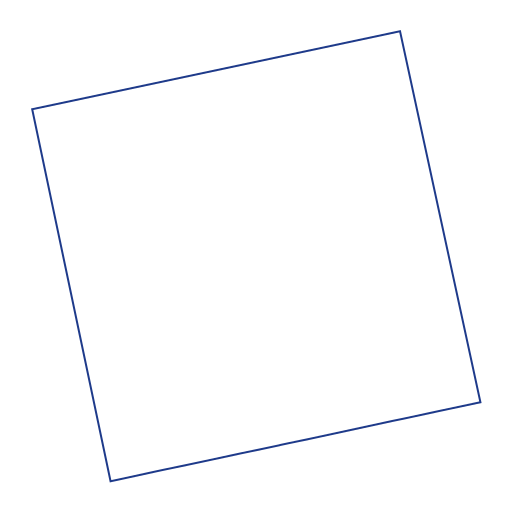 the district of Franklin, Nebraska, United States of America, rotated 348°
{"feature_id": "52423323B81313080696074", "entity_name": "Franklin", "entity_type": "district", "adm_level": 2, "iso_a3": "USA", "parent_name": "United States of America", "parent_adm1": "Nebraska", "projection": "albers", "projection_center": [-98.97, 40.176], "detail": "fine", "context": "isolated", "style": "outline", "palette": "blue", "viewbox_px": 512, "rotation_deg": 348, "n_neighbors": 0, "source": "geoboundaries", "source_scale": "gbopen_adm2", "svg_char_len": 424}
<svg xmlns="http://www.w3.org/2000/svg" viewBox="0 0 512 512"><g transform="rotate(348 256 256)"><path d="M445.1,445.7L443.6,66.1L67.6,65.9L66.9,446.1L67.1,446.1L74.7,446.1L113.8,445.9L121.7,445.9L145.1,446.0L160.6,446.0L199.6,445.9L200.9,445.9L223.1,446.0L239.7,446.0L240.2,445.9L249.1,445.9L271.0,446.0L354.8,445.7L366.4,445.8L402.6,445.7L404.5,445.7L445.1,445.7Z" fill="none" stroke="#1e3a8a" stroke-width="2"/></g></svg>